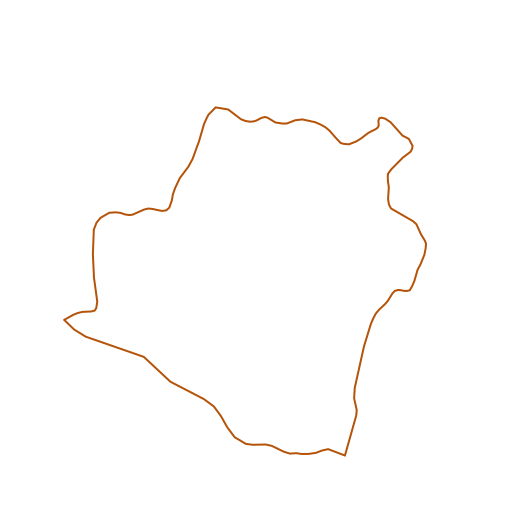 map outline of Teleorman (Albers equal-area conic projection), rotated 23°
{"feature_id": "ROU-127", "entity_name": "Teleorman", "entity_type": "County", "adm_level": 1, "iso_a3": "ROU", "parent_name": "Romania", "parent_adm1": "", "projection": "albers", "projection_center": [25.251, 44.09], "detail": "fine", "context": "isolated", "style": "outline", "palette": "amber", "viewbox_px": 512, "rotation_deg": 23, "n_neighbors": 0, "source": "natural_earth", "source_scale": "10m", "svg_char_len": 1827}
<svg xmlns="http://www.w3.org/2000/svg" viewBox="0 0 512 512"><g transform="rotate(23 256 256)"><path d="M415.8,404.9L397.9,405.6L392.7,409.3L388.2,413.7L382.0,417.5L375.4,420.4L370.0,421.8L364.6,424.6L358.0,425.3L344.9,424.6L343.0,424.9L338.7,425.7L326.6,431.1L320.0,432.9L307.3,431.2L296.6,425.0L286.6,417.3L285.7,416.7L276.1,411.0L264.1,408.1L226.4,405.2L192.2,392.7L130.8,396.8L117.2,394.7L104.5,389.8L104.8,389.2L110.8,381.5L114.1,378.2L118.0,375.3L126.1,371.4L128.8,369.3L129.3,366.3L127.7,360.0L115.3,339.2L105.2,318.2L96.4,295.1L96.2,287.5L98.0,281.5L104.1,273.5L109.4,270.8L114.1,269.3L119.2,268.9L123.2,267.9L126.2,266.2L134.9,256.9L138.3,254.4L142.1,253.2L151.8,251.3L155.6,249.0L157.3,245.3L156.8,237.8L155.4,231.6L155.0,224.9L155.4,214.1L158.8,200.5L159.7,191.6L158.7,172.5L156.6,154.8L156.7,148.3L157.1,144.3L160.8,135.0L173.1,132.0L188.8,136.0L193.7,135.8L198.1,134.7L201.1,133.1L203.3,131.3L207.0,126.8L209.9,124.5L212.7,124.2L221.7,125.5L228.8,123.7L232.7,121.9L239.1,115.7L245.2,112.2L258.2,109.7L264.7,109.8L269.7,110.4L274.4,111.8L283.6,116.2L289.7,118.9L293.0,118.5L297.9,116.9L303.5,111.4L306.7,106.9L311.0,99.3L312.8,96.9L316.6,92.5L317.9,90.2L317.9,87.8L315.8,83.6L315.7,81.2L317.2,79.7L321.2,79.1L327.7,80.3L343.8,87.9L351.0,88.5L357.0,93.4L357.8,96.0L357.6,99.5L352.7,108.1L346.7,123.2L345.4,128.5L346.4,131.8L348.5,136.1L351.5,141.0L355.2,151.7L358.2,156.6L361.7,159.5L387.0,162.6L391.3,164.1L399.4,171.6L405.2,175.7L407.7,178.2L409.2,182.8L410.5,189.0L410.7,199.5L410.1,205.4L411.5,216.8L411.5,223.0L410.9,227.5L408.4,229.3L405.8,230.3L402.5,230.9L400.0,231.8L397.4,233.9L396.2,237.1L394.9,245.7L393.6,249.8L390.3,257.2L388.8,262.2L388.3,267.6L388.3,273.7L390.7,296.9L398.4,338.7L401.9,348.6L409.0,358.6L410.6,363.7L415.8,404.7L415.8,404.9Z" fill="none" stroke="#b45309" stroke-width="2"/></g></svg>